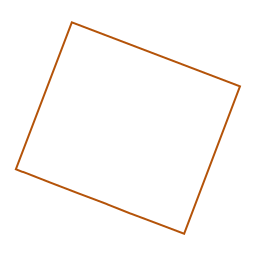 outline of Branch, Michigan, United States of America, rotated 21°
{"feature_id": "52423323B65745165927044", "entity_name": "Branch", "entity_type": "district", "adm_level": 2, "iso_a3": "USA", "parent_name": "United States of America", "parent_adm1": "Michigan", "projection": "equal_earth", "projection_center": [-85.104, 41.916], "detail": "fine", "context": "isolated", "style": "outline", "palette": "amber", "viewbox_px": 256, "rotation_deg": 21, "n_neighbors": 0, "source": "geoboundaries", "source_scale": "gbopen_adm2", "svg_char_len": 393}
<svg xmlns="http://www.w3.org/2000/svg" viewBox="0 0 256 256"><g transform="rotate(21 128 128)"><path d="M37.7,49.5L38.1,206.7L45.2,206.8L45.5,206.7L45.8,206.6L61.0,206.7L74.9,206.8L84.4,206.8L103.3,206.8L105.6,206.8L135.6,206.6L136.2,206.7L161.3,207.0L161.8,206.9L165.7,206.9L166.0,206.9L176.9,206.8L218.3,206.6L217.6,49.0L37.7,49.5Z" fill="none" stroke="#b45309" stroke-width="2"/></g></svg>